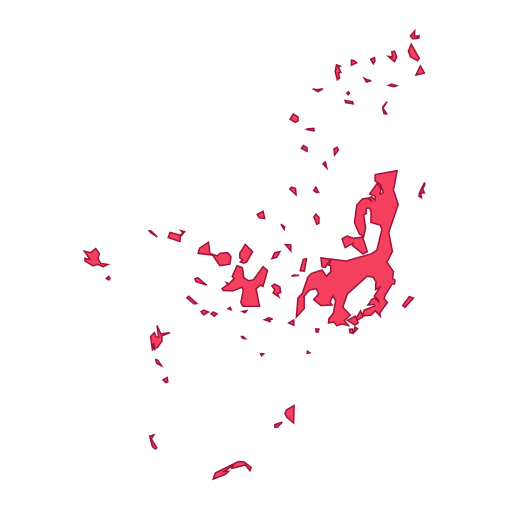 the district of Dahlak, Semenawi Keyih Bahri, Eritrea, rotated 269°
{"feature_id": "51966322B75113483561318", "entity_name": "Dahlak", "entity_type": "district", "adm_level": 2, "iso_a3": "ERI", "parent_name": "Eritrea", "parent_adm1": "Semenawi Keyih Bahri", "projection": "mercator", "projection_center": [40.14, 15.965], "detail": "fine", "context": "isolated", "style": "filled", "palette": "rose", "viewbox_px": 512, "rotation_deg": 269, "n_neighbors": 0, "source": "geoboundaries", "source_scale": "gbopen_adm2", "svg_char_len": 6192}
<svg xmlns="http://www.w3.org/2000/svg" viewBox="0 0 512 512"><g transform="rotate(269 256 256)"><path d="M216.4,346.7L233.9,366.8L232.7,372.9L228.1,375.5L220.3,374.9L222.5,379.3L213.9,373.6L210.0,377.5L208.1,377.7L211.9,373.8L210.5,371.0L204.9,367.0L205.6,373.4L203.9,374.0L200.1,363.3L194.8,361.7L199.4,359.6L191.9,355.1L190.1,356.5L194.4,363.3L194.8,369.8L199.1,374.3L193.7,379.2L196.7,378.7L207.3,386.6L211.0,383.3L214.9,384.7L225.7,391.6L225.6,394.0L229.4,394.6L231.1,392.1L237.9,393.2L247.5,386.8L258.2,392.5L277.3,389.1L305.0,399.1L319.4,394.6L338.9,398.6L335.3,376.6L329.1,376.3L325.1,381.7L317.2,384.5L315.7,381.1L321.8,382.1L326.2,378.2L316.0,370.7L313.6,376.4L309.7,375.8L313.3,372.6L312.1,370.0L308.2,373.0L311.9,368.8L311.2,363.4L305.2,357.7L287.7,355.0L276.3,359.7L273.4,364.0L282.2,366.1L295.3,364.4L296.7,367.1L301.8,367.0L301.9,370.4L298.3,371.8L287.6,371.5L284.6,381.0L280.2,382.3L259.6,376.9L256.0,370.9L249.4,345.9L251.7,330.5L250.2,330.7L248.5,330.2L247.4,329.6L245.8,328.0L245.1,330.4L239.3,330.6L234.5,326.0L240.9,321.8L237.4,310.8L233.6,307.3L217.8,301.7L213.3,297.2L194.2,295.3L202.8,303.3L215.0,303.4L221.1,309.0L222.2,315.6L217.1,318.0L211.4,312.9L205.3,320.1L205.7,331.2L208.7,329.2L214.8,332.2L209.8,334.8L197.4,332.3L192.0,327.7L187.7,327.3L188.7,332.7L184.9,335.5L186.5,341.0L184.9,347.2L190.0,343.2L195.2,349.3L203.3,341.9L216.4,346.7ZM227.8,227.1L224.1,221.6L222.0,222.6L221.6,232.3L224.9,241.2L222.1,242.8L209.8,240.0L205.9,242.0L205.6,258.7L223.2,255.5L226.9,259.9L225.5,262.5L241.3,267.3L245.2,262.9L232.2,253.0L231.4,248.0L234.7,243.4L244.5,242.2L246.7,236.9L235.8,231.8L234.0,233.8L228.6,228.6L229.8,226.0L227.8,227.1ZM270.6,208.7L264.7,199.6L259.6,198.2L257.6,212.7L247.0,219.6L248.3,229.7L255.6,231.0L259.9,227.8L259.3,220.0L256.8,217.4L259.3,210.0L270.6,208.7ZM271.7,342.4L262.8,345.3L267.1,353.1L264.9,352.6L256.1,363.0L258.4,367.4L273.0,362.9L272.0,353.6L274.4,347.5L271.7,342.4ZM256.6,84.9L254.0,84.9L249.0,92.8L250.3,98.0L247.9,103.0L250.1,107.7L251.3,100.6L256.5,97.9L260.8,99.5L266.3,95.9L262.2,90.8L263.8,84.4L255.6,90.0L256.6,84.9ZM177.3,149.2L163.1,150.9L168.6,151.2L170.8,152.6L165.4,152.1L163.7,153.4L167.6,152.6L165.7,153.0L166.2,155.8L172.5,160.5L177.7,160.4L180.9,168.6L179.8,159.5L188.3,155.8L176.5,157.2L176.8,154.6L181.3,153.1L177.3,149.2ZM39.8,211.6L33.7,209.3L38.3,221.7L41.3,224.9L41.1,220.5L47.2,229.6L44.1,228.1L47.2,241.8L41.4,246.2L44.5,247.5L50.2,240.8L50.8,234.9L39.8,211.6ZM259.0,239.8L254.4,239.8L252.4,242.6L250.4,240.1L249.1,243.4L249.9,246.4L260.4,252.7L267.7,245.4L259.0,239.8ZM97.9,282.2L94.1,284.2L88.4,290.7L105.8,291.5L101.6,283.7L97.9,282.2ZM458.1,411.9L452.4,414.0L448.5,420.8L450.8,422.7L465.1,414.9L458.1,411.9ZM281.1,170.5L276.0,168.5L271.8,180.2L276.7,180.7L281.5,185.1L282.6,181.5L280.8,183.2L278.0,181.1L281.1,170.5ZM253.1,320.9L244.1,321.7L243.4,325.1L251.5,330.1L253.1,320.9ZM227.5,274.1L225.8,271.3L221.8,274.3L218.8,272.4L214.8,278.1L218.1,276.6L219.1,280.1L224.7,279.3L227.5,274.1ZM251.8,303.2L240.5,299.9L240.0,304.1L252.4,306.4L251.8,303.2ZM394.3,300.5L397.3,295.7L392.2,292.4L389.0,297.5L390.3,300.4L394.3,300.5ZM212.8,408.6L203.9,401.8L202.1,404.1L211.1,412.6L212.8,408.6ZM190.1,346.3L185.2,353.7L187.4,357.0L194.1,354.2L190.1,346.3ZM452.6,395.9L453.3,391.8L447.9,397.7L452.4,400.2L458.4,398.1L457.7,395.3L452.6,395.9ZM443.2,423.6L434.2,419.1L436.0,427.6L443.2,423.6ZM297.5,257.9L294.2,259.9L293.3,265.3L300.6,263.9L297.5,257.9ZM438.1,344.1L445.3,340.8L443.6,341.9L444.3,343.5L445.8,339.8L439.0,338.4L430.7,340.4L432.5,342.7L437.3,341.5L438.1,344.1ZM227.7,206.2L235.4,197.3L234.2,194.4L231.5,195.5L227.7,206.2ZM316.0,420.4L312.9,420.0L311.4,422.5L316.5,421.5L318.5,422.2L316.0,422.0L316.2,425.5L320.2,423.8L323.8,425.9L326.6,425.9L316.0,420.4ZM253.1,271.9L254.3,276.7L260.0,280.0L259.1,274.9L253.1,271.9ZM77.8,146.5L67.0,149.2L64.8,152.0L65.9,153.5L75.1,148.1L78.9,150.8L77.8,146.5ZM296.9,316.5L294.0,314.6L286.6,317.3L287.6,319.5L293.4,319.6L296.9,316.5ZM365.7,305.3L362.9,303.2L359.7,308.8L363.3,309.0L365.7,305.3ZM209.5,196.0L217.0,188.0L215.3,186.2L209.2,193.3L209.5,196.0ZM478.3,418.6L473.3,414.1L470.4,416.7L470.9,422.5L472.8,422.7L471.0,421.1L473.2,421.8L473.1,418.2L478.3,418.6ZM200.8,207.5L202.8,202.9L201.3,200.1L198.1,202.5L200.8,207.5ZM452.3,378.0L450.7,374.0L446.1,376.6L449.0,378.3L452.3,378.0ZM266.5,291.0L266.9,285.6L260.6,290.9L266.5,291.0ZM422.0,325.9L421.2,319.5L422.2,315.6L419.2,320.9L422.0,325.9ZM324.3,292.8L322.4,290.9L316.5,297.1L322.8,296.7L324.3,292.8ZM363.3,339.0L361.8,335.8L355.6,336.3L360.3,340.2L363.3,339.0ZM403.0,385.5L400.6,385.4L395.9,386.6L395.8,389.2L401.6,385.6L408.0,389.7L403.0,385.5ZM194.0,267.4L192.1,263.4L189.9,269.6L192.1,267.5L192.7,271.6L194.0,267.4ZM199.0,216.0L200.7,212.0L199.0,210.0L196.5,213.4L199.0,216.0ZM87.1,271.9L84.5,271.9L84.6,274.6L89.4,279.3L87.1,271.9ZM191.3,292.6L188.4,287.6L186.1,292.7L191.3,292.6ZM154.2,154.0L150.4,154.8L147.8,159.6L153.4,156.2L154.2,154.0ZM450.1,354.8L445.1,354.7L447.4,360.0L449.8,357.2L450.1,354.8ZM382.6,316.0L382.2,309.4L381.6,308.7L380.1,316.3L382.6,316.0ZM136.0,165.2L133.8,160.9L131.0,163.6L131.6,165.6L136.0,165.2ZM409.9,347.7L407.8,348.4L406.4,355.8L408.6,355.2L409.9,347.7ZM429.3,374.3L430.4,369.7L431.9,367.4L428.0,369.3L429.3,374.3ZM423.8,399.8L425.5,394.5L424.3,391.5L422.8,396.7L423.8,399.8ZM323.8,317.1L320.4,314.8L317.9,318.3L319.2,317.2L318.6,319.6L323.8,317.1ZM284.6,285.2L287.4,281.5L282.1,284.6L284.6,285.2ZM235.2,291.3L235.9,298.7L236.3,293.3L235.2,291.3ZM181.1,348.1L177.6,348.7L177.2,351.4L181.3,351.4L181.1,348.1ZM342.7,328.3L348.8,327.1L348.2,325.6L346.8,324.7L342.7,328.3ZM183.3,353.7L177.7,352.6L181.5,356.2L183.3,353.7ZM238.2,108.3L236.1,105.9L234.6,108.4L236.3,109.7L238.2,108.3ZM182.1,314.5L179.0,314.8L178.7,316.6L181.8,317.7L182.1,314.5ZM158.3,308.1L160.0,305.7L157.8,305.5L158.3,308.1ZM202.6,230.3L205.1,229.3L203.7,227.1L202.6,230.3ZM276.7,157.7L283.0,151.3L283.0,149.6L281.0,151.4L276.7,157.7ZM156.1,259.8L158.0,261.9L158.3,258.8L156.1,259.8ZM417.1,349.6L415.6,351.0L416.8,352.2L418.7,351.4L417.1,349.6ZM199.4,243.9L201.6,245.7L200.8,241.4L199.4,243.9ZM173.5,244.0L175.8,241.6L175.7,240.1L173.9,241.3L173.5,244.0Z" fill="#f43f5e" stroke="#9f1239" stroke-width="1.5"/></g></svg>